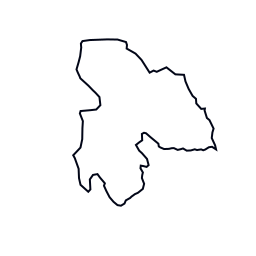 the district of Mbam-et-Inoubou, Centre, Cameroon, rotated 303°
{"feature_id": "32672807B45233775776188", "entity_name": "Mbam-et-Inoubou", "entity_type": "district", "adm_level": 2, "iso_a3": "CMR", "parent_name": "Cameroon", "parent_adm1": "Centre", "projection": "robinson", "projection_center": [10.919, 4.718], "detail": "fine", "context": "isolated", "style": "outline", "palette": "ink", "viewbox_px": 256, "rotation_deg": 303, "n_neighbors": 0, "source": "geoboundaries", "source_scale": "gbopen_adm2", "svg_char_len": 1687}
<svg xmlns="http://www.w3.org/2000/svg" viewBox="0 0 256 256"><g transform="rotate(303 128 128)"><path d="M186.2,181.9L183.9,179.0L185.8,171.9L189.5,169.1L190.1,164.7L193.8,157.6L194.4,156.7L198.4,150.8L198.8,150.4L203.1,146.0L198.8,138.5L199.8,127.2L195.1,124.2L190.8,121.5L190.1,118.2L186.2,116.0L192.4,102.4L192.6,101.7L194.5,93.8L193.9,83.6L197.1,81.9L197.5,81.4L199.0,79.5L196.5,71.1L191.8,63.6L191.4,62.9L181.4,48.7L180.9,48.0L176.1,42.5L173.2,42.5L170.8,44.3L170.1,44.9L162.1,48.8L156.7,50.6L156.1,50.8L149.1,52.9L147.5,55.2L146.6,56.6L145.0,59.2L143.7,61.0L141.9,72.0L140.5,78.0L139.9,81.3L138.4,87.2L132.1,92.4L126.2,91.3L122.5,86.8L116.4,79.0L114.0,79.7L109.2,86.4L103.0,89.9L93.7,95.7L85.7,98.8L79.5,97.7L75.3,96.9L73.7,99.9L73.3,100.4L66.9,108.8L59.3,114.2L54.5,119.1L52.9,129.4L56.0,129.9L64.1,124.0L69.6,124.2L72.7,127.5L71.2,131.4L69.0,138.7L66.5,139.3L63.4,144.1L59.9,150.3L58.2,156.1L57.6,161.2L57.9,161.9L59.0,164.4L62.7,166.2L66.1,165.6L70.5,167.9L72.4,168.3L74.4,169.1L76.3,169.8L78.7,171.4L79.3,171.7L85.0,173.6L90.0,171.9L93.6,166.9L96.2,165.6L96.8,165.4L98.8,164.7L101.0,160.4L103.4,159.2L104.5,161.8L105.5,164.8L108.1,165.5L112.4,160.8L114.5,153.4L115.1,149.7L118.1,143.9L122.3,145.3L125.4,146.6L130.6,142.9L132.7,144.0L133.4,146.0L132.6,151.6L131.4,162.0L129.3,163.9L129.3,165.6L130.0,169.7L132.8,173.7L134.9,175.7L136.1,177.4L136.7,181.6L138.9,183.7L140.8,185.3L141.0,189.6L143.4,192.9L146.5,195.6L147.1,197.9L148.2,199.1L149.9,201.0L150.3,203.2L152.0,204.5L155.9,206.3L158.0,208.7L158.0,213.5L160.9,210.5L165.2,203.7L170.3,201.2L174.1,200.1L176.1,196.8L179.0,192.0L179.4,188.7L184.4,182.7L186.2,181.9Z" fill="none" stroke="#020617" stroke-width="2"/></g></svg>